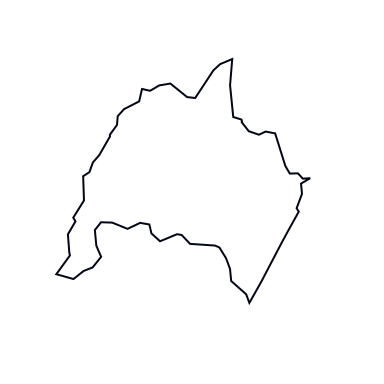 Richmond, North Carolina, United States of America, rotated 298°
{"feature_id": "52423323B95417665649533", "entity_name": "Richmond", "entity_type": "district", "adm_level": 2, "iso_a3": "USA", "parent_name": "United States of America", "parent_adm1": "North Carolina", "projection": "natural_earth1", "projection_center": [-79.777, 34.994], "detail": "fine", "context": "isolated", "style": "outline", "palette": "ink", "viewbox_px": 384, "rotation_deg": 298, "n_neighbors": 0, "source": "geoboundaries", "source_scale": "gbopen_adm2", "svg_char_len": 1090}
<svg xmlns="http://www.w3.org/2000/svg" viewBox="0 0 384 384"><g transform="rotate(298 192 192)"><path d="M55.7,110.8L59.5,128.2L71.4,133.4L78.8,139.7L92.1,142.2L99.7,132.7L112.8,124.1L122.6,125.9L127.5,135.9L129.2,152.4L140.4,160.7L143.3,169.6L136.4,175.6L133.5,186.9L147.7,198.6L149.2,203.0L145.3,214.7L155.5,237.4L155.9,242.2L149.5,253.2L141.9,261.7L131.8,268.4L127.1,287.9L121.0,294.7L136.9,295.1L146.1,295.3L189.1,295.0L189.4,295.0L201.8,295.1L202.1,295.1L224.8,295.5L226.8,292.0L242.0,290.0L250.6,284.3L259.7,289.9L255.8,283.6L258.2,276.8L254.2,269.7L258.8,262.2L282.8,237.9L279.9,228.6L274.0,224.2L272.3,213.6L277.0,203.1L278.0,202.8L278.4,202.5L278.7,202.1L279.2,201.7L277.6,193.2L304.1,175.5L328.3,165.1L318.1,156.8L309.5,153.8L276.5,150.7L273.5,143.1L277.6,122.0L270.7,113.0L261.7,107.5L259.5,99.5L247.2,102.8L233.3,93.1L224.1,90.8L216.0,94.3L203.9,92.6L203.0,93.3L202.5,93.5L180.9,92.8L171.7,90.6L161.4,92.1L154.8,88.5L133.8,100.6L113.6,99.2L111.3,102.9L96.4,102.3L80.6,112.3L80.5,112.5L80.3,112.6L78.7,114.0L55.7,110.8Z" fill="none" stroke="#020617" stroke-width="2"/></g></svg>